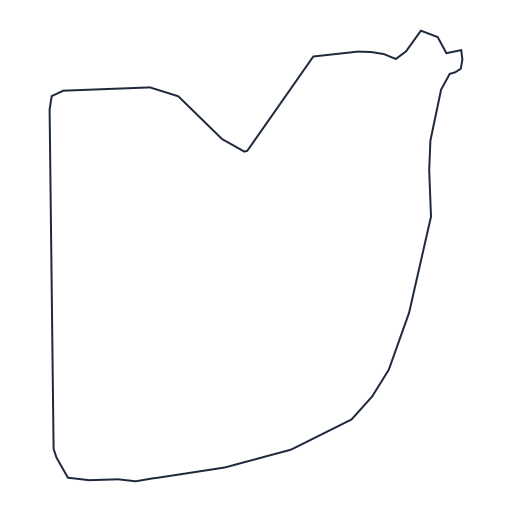 the border of Federal Capital Territory
{"feature_id": "NGA-3470", "entity_name": "Federal Capital Territory", "entity_type": "State", "adm_level": 1, "iso_a3": "NGA", "parent_name": "Nigeria", "parent_adm1": "", "projection": "orthographic", "projection_center": [7.256, 8.878], "detail": "fine", "context": "isolated", "style": "outline", "palette": "slate", "viewbox_px": 512, "rotation_deg": 0, "n_neighbors": 0, "source": "natural_earth", "source_scale": "10m", "svg_char_len": 593}
<svg xmlns="http://www.w3.org/2000/svg" viewBox="0 0 512 512"><path d="M156.7,477.9L152.5,478.4L135.7,481.3L118.2,479.3L89.3,480.2L67.9,477.7L56.5,457.6L53.6,449.0L49.6,109.5L51.7,96.1L63.2,90.7L150.0,87.4L178.3,96.3L222.1,139.1L244.3,151.6L247.3,150.8L313.3,56.5L357.9,51.6L371.1,52.0L384.0,54.1L395.8,59.0L406.0,51.4L420.9,30.7L437.7,37.1L446.4,53.2L461.2,50.1L462.4,59.5L460.8,68.7L455.2,72.3L449.7,73.9L441.1,89.6L430.4,140.6L429.2,170.2L431.0,216.6L409.1,312.7L388.8,369.7L372.2,396.4L351.6,419.4L291.1,449.6L224.6,467.5L156.7,477.9Z" fill="none" stroke="#1e293b" stroke-width="2"/></svg>